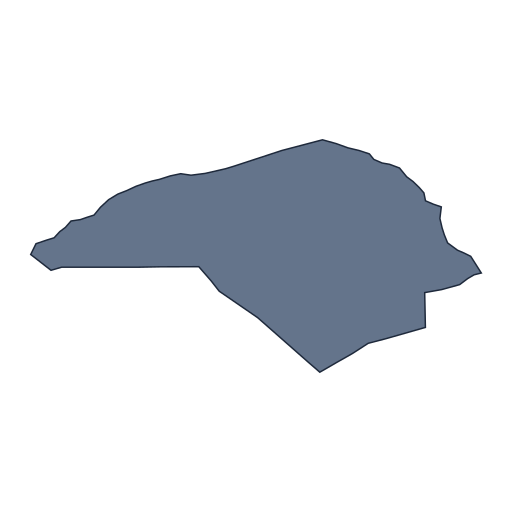 outline of Governador Mangabeira, Bahia, Brazil
{"feature_id": "56859067B50900634198683", "entity_name": "Governador Mangabeira", "entity_type": "district", "adm_level": 2, "iso_a3": "BRA", "parent_name": "Brazil", "parent_adm1": "Bahia", "projection": "orthographic", "projection_center": [-39.08, -12.588], "detail": "fine", "context": "isolated", "style": "filled", "palette": "slate", "viewbox_px": 512, "rotation_deg": 0, "n_neighbors": 0, "source": "geoboundaries", "source_scale": "gbopen_adm2", "svg_char_len": 982}
<svg xmlns="http://www.w3.org/2000/svg" viewBox="0 0 512 512"><path d="M30.7,254.5L51.0,270.3L61.6,267.2L81.3,267.2L103.4,267.2L137.8,267.2L160.4,266.8L198.8,266.7L211.0,280.7L219.2,291.2L257.7,317.7L307.8,361.8L319.8,372.2L336.4,362.6L352.6,353.4L368.2,343.3L386.2,338.6L425.4,327.4L424.7,292.6L441.6,289.6L459.7,284.6L467.8,278.5L474.1,274.8L481.3,273.0L470.7,256.3L464.0,253.0L457.5,250.2L447.6,242.9L444.3,234.8L442.1,227.9L439.9,218.5L441.3,206.9L433.4,204.2L425.5,200.8L423.9,192.9L419.2,187.5L413.0,181.5L406.7,176.8L399.5,168.0L389.6,164.3L382.1,163.0L373.8,159.4L369.4,153.9L359.1,150.5L347.8,147.8L336.2,143.6L322.5,139.8L281.8,150.5L233.6,166.3L225.7,168.7L205.2,173.4L191.0,175.2L180.7,173.7L170.3,175.9L159.3,179.4L152.2,181.0L145.3,183.0L136.2,186.2L126.5,190.7L117.8,194.1L108.7,199.6L100.5,207.2L94.0,215.1L87.0,217.3L80.4,219.6L71.0,221.0L65.4,227.4L59.8,231.6L54.1,237.8L46.6,240.1L36.0,243.7L30.7,254.5Z" fill="#64748b" stroke="#1e293b" stroke-width="1.5"/></svg>